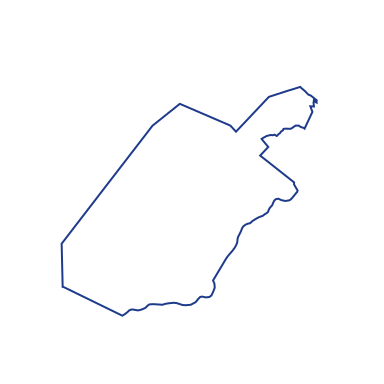 Morne Panache, Dennery, Saint Lucia (Albers equal-area conic projection), rotated 26°
{"feature_id": "8701671B87673640484733", "entity_name": "Morne Panache", "entity_type": "district", "adm_level": 2, "iso_a3": "LCA", "parent_name": "Saint Lucia", "parent_adm1": "Dennery", "projection": "albers", "projection_center": [-60.933, 13.923], "detail": "fine", "context": "isolated", "style": "outline", "palette": "blue", "viewbox_px": 384, "rotation_deg": 26, "n_neighbors": 0, "source": "geoboundaries", "source_scale": "gbopen_adm2", "svg_char_len": 1762}
<svg xmlns="http://www.w3.org/2000/svg" viewBox="0 0 384 384"><g transform="rotate(26 192 192)"><path d="M286.5,145.9L286.3,144.4L282.0,141.6L280.3,140.3L279.5,138.6L237.3,129.4L240.8,118.1L231.3,113.8L232.2,112.2L234.5,109.0L237.4,106.5L238.1,106.1L239.5,105.7L241.1,104.3L243.5,104.5L243.9,104.1L244.2,102.6L245.3,100.4L245.6,98.4L246.7,96.7L246.5,95.5L247.2,94.7L248.7,93.9L252.9,92.0L253.8,90.8L255.9,87.0L258.8,85.5L260.1,85.8L261.7,85.8L262.8,85.7L264.1,85.4L265.4,85.7L265.1,67.2L260.8,63.1L264.1,61.7L262.2,58.7L261.4,56.2L262.5,56.7L263.6,57.0L264.8,57.0L264.2,55.9L263.9,54.9L256.3,53.2L255.8,53.3L254.0,53.5L249.0,51.7L244.9,50.7L243.2,50.1L239.5,53.6L238.7,54.4L233.7,59.0L219.4,72.8L205.1,118.5L197.4,115.5L184.6,116.1L142.4,118.1L127.5,149.6L127.4,149.8L126.2,155.8L112.1,224.3L97.5,295.6L117.3,333.9L117.6,333.7L183.6,333.7L184.5,332.4L185.3,330.9L186.5,328.6L187.6,325.7L189.2,324.1L190.7,323.4L193.4,322.7L195.4,322.1L198.1,319.9L200.9,316.6L202.0,313.4L203.0,311.7L206.1,309.9L212.1,307.4L214.7,306.4L217.1,304.2L219.9,302.2L224.1,299.6L226.8,298.6L233.1,297.7L236.0,296.5L240.3,293.9L243.5,289.5L244.6,285.0L245.4,282.7L247.1,281.5L250.6,280.7L253.7,278.7L254.8,276.5L254.8,272.7L254.4,268.2L253.5,266.5L252.1,264.3L249.7,262.3L251.8,237.6L252.2,234.5L252.9,231.6L254.0,227.6L254.8,223.5L255.0,220.5L254.8,217.5L253.7,214.8L253.1,212.3L253.2,209.1L253.2,205.4L252.9,202.8L253.2,200.3L254.5,197.8L256.3,195.8L257.9,194.6L258.9,191.9L260.7,188.9L262.6,186.1L264.1,184.3L265.9,182.6L267.1,180.2L268.4,178.2L269.1,176.4L268.8,174.7L268.9,172.1L269.9,168.7L269.7,166.6L269.7,163.6L270.5,161.7L272.5,160.2L276.1,160.1L279.9,159.1L283.3,156.7L284.3,154.6L285.3,150.7L285.9,147.9L286.5,145.9Z" fill="none" stroke="#1e3a8a" stroke-width="2"/></g></svg>